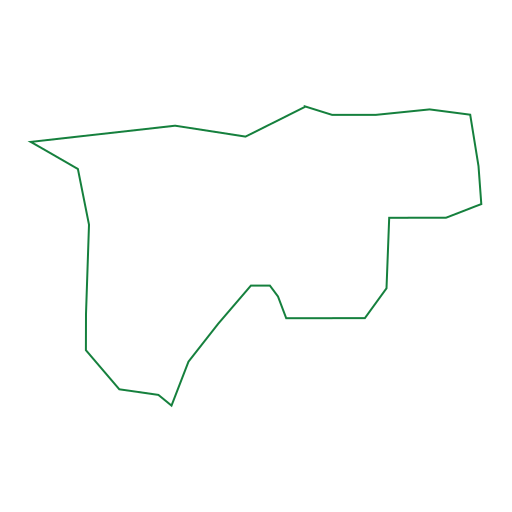 Kävlinge, Skåne, Sweden (Albers equal-area conic projection)
{"feature_id": "70781695B14589656511888", "entity_name": "Kävlinge", "entity_type": "district", "adm_level": 2, "iso_a3": "SWE", "parent_name": "Sweden", "parent_adm1": "Skåne", "projection": "albers", "projection_center": [13.079, 55.8], "detail": "fine", "context": "isolated", "style": "outline", "palette": "green", "viewbox_px": 512, "rotation_deg": 0, "n_neighbors": 0, "source": "geoboundaries", "source_scale": "gbopen_adm2", "svg_char_len": 528}
<svg xmlns="http://www.w3.org/2000/svg" viewBox="0 0 512 512"><path d="M30.7,141.9L39.0,146.6L77.9,169.0L89.0,224.7L86.0,313.9L85.9,350.2L119.3,389.3L158.4,394.9L171.5,405.6L188.5,361.6L218.3,323.6L250.9,285.6L269.9,285.6L278.0,296.5L286.2,318.2L316.0,318.2L364.9,318.1L371.7,308.7L386.5,288.3L389.2,217.8L446.1,217.7L475.2,206.4L481.3,204.1L478.5,166.1L470.2,114.7L429.6,109.4L403.1,112.1L375.5,114.9L332.2,114.9L305.0,106.4L305.1,106.8L245.5,136.6L175.1,125.7L30.7,141.9Z" fill="none" stroke="#15803d" stroke-width="2"/></svg>